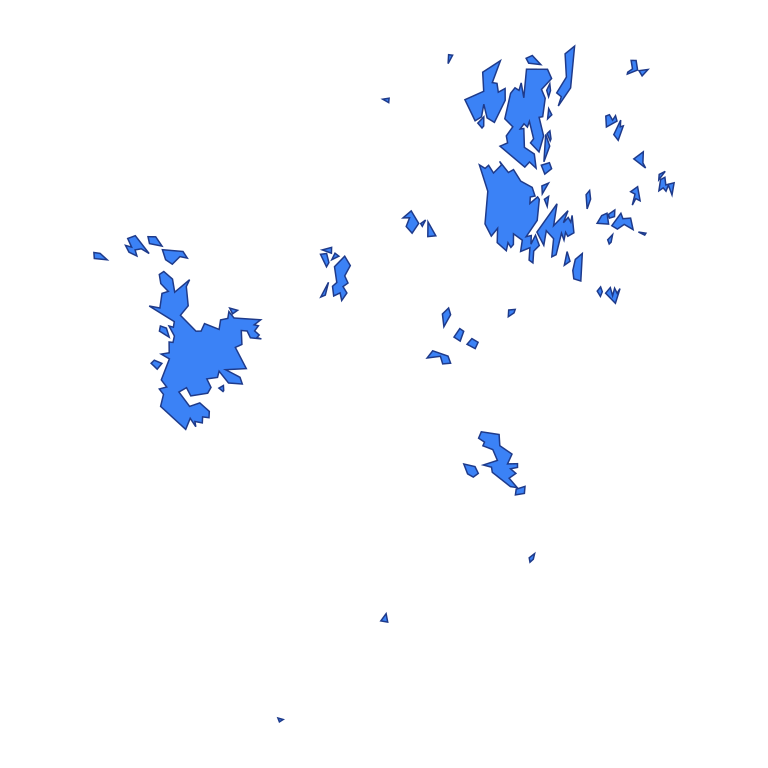 outline of Kepulauan Anambas, Kepulauan Riau, Indonesia
{"feature_id": "22746128B99951880476592", "entity_name": "Kepulauan Anambas", "entity_type": "district", "adm_level": 2, "iso_a3": "IDN", "parent_name": "Indonesia", "parent_adm1": "Kepulauan Riau", "projection": "mercator", "projection_center": [106.153, 2.904], "detail": "fine", "context": "isolated", "style": "filled", "palette": "blue", "viewbox_px": 768, "rotation_deg": 0, "n_neighbors": 0, "source": "geoboundaries", "source_scale": "gbopen_adm2", "svg_char_len": 6135}
<svg xmlns="http://www.w3.org/2000/svg" viewBox="0 0 768 768"><path d="M163.8,271.5L159.3,274.5L160.8,283.6L168.3,291.4L162.0,293.4L159.9,308.0L149.2,306.0L174.3,321.6L173.4,327.2L169.0,326.0L174.4,336.0L173.0,342.4L169.1,342.0L169.2,352.8L161.2,354.1L169.4,358.9L161.3,379.9L166.7,387.0L159.3,389.0L163.5,394.4L160.6,406.4L185.7,429.4L190.2,418.3L195.8,426.7L194.9,421.5L202.3,422.9L202.6,416.9L209.0,417.7L209.3,411.4L199.8,402.9L189.6,406.4L178.9,392.0L186.5,387.7L190.8,395.9L207.7,393.2L211.0,387.4L206.8,378.9L217.5,377.4L219.1,371.2L228.5,383.0L242.3,384.0L240.0,377.3L225.6,369.7L246.3,368.6L235.3,347.4L241.9,344.4L241.3,330.5L247.1,331.0L250.4,337.8L261.4,338.9L256.9,337.6L259.2,335.0L254.6,330.9L258.4,325.8L254.2,324.8L260.7,319.8L234.0,318.0L228.9,311.6L227.8,318.4L220.6,319.9L219.1,329.4L204.5,323.6L201.1,331.1L196.0,331.2L180.4,315.3L188.2,305.8L186.3,286.6L189.6,279.7L174.7,292.2L172.5,279.1L163.8,271.5ZM508.4,172.5L499.6,161.4L501.5,164.9L493.5,173.0L488.6,165.3L485.1,168.4L479.4,164.9L487.8,191.3L485.0,223.9L491.3,236.1L497.6,228.3L497.2,242.6L506.3,250.7L508.0,242.7L510.9,247.4L513.4,244.5L513.5,233.8L522.3,240.2L520.6,251.5L529.9,247.7L529.1,260.1L532.9,262.9L533.7,251.1L539.3,245.5L535.5,235.2L530.9,244.2L531.3,235.5L526.1,236.7L537.2,220.4L539.3,199.4L537.6,196.9L529.9,203.5L530.3,197.0L535.0,196.0L532.2,187.4L520.7,181.1L513.5,169.6L508.4,172.5ZM547.5,69.3L526.5,69.2L523.8,97.8L521.2,82.9L519.0,90.4L515.0,87.8L510.6,93.3L504.8,118.8L512.8,126.8L506.3,135.9L507.6,142.9L500.0,146.2L524.8,167.1L529.5,162.0L536.1,168.2L534.3,154.0L524.4,147.4L523.8,128.5L520.2,129.0L524.0,123.8L527.4,127.1L529.4,121.4L533.6,138.8L530.5,142.9L539.0,151.9L543.6,136.0L539.1,117.3L542.7,116.7L545.2,98.3L541.5,89.4L551.6,78.5L547.5,69.3ZM500.4,60.7L482.7,72.2L483.7,91.3L464.9,99.7L475.1,120.8L481.5,116.9L483.8,104.2L487.1,117.9L494.4,122.4L505.2,100.3L505.1,88.5L498.3,92.2L497.0,83.4L492.3,82.6L500.4,60.7ZM499.1,434.5L481.3,431.8L478.6,438.2L484.5,442.1L482.9,445.8L492.8,449.6L497.4,460.4L483.3,465.0L491.5,467.2L492.3,472.3L510.4,486.6L517.2,487.6L509.1,478.2L515.9,473.4L510.5,468.8L517.5,467.4L517.5,463.7L507.5,463.9L512.0,454.1L499.8,445.7L499.1,434.5ZM553.6,225.7L557.0,203.8L536.9,232.1L543.8,245.3L546.3,230.7L553.6,238.7L551.8,256.8L556.1,254.7L561.5,233.2L564.0,240.1L565.6,232.3L567.8,236.3L573.9,232.8L572.1,215.4L570.8,222.1L568.2,217.5L563.4,222.7L568.0,210.7L553.6,225.7ZM344.7,256.2L334.5,266.7L336.8,282.5L332.5,286.3L333.7,296.0L340.1,292.9L341.7,300.5L346.9,293.0L343.0,286.6L348.0,283.0L344.7,275.9L350.3,265.6L344.7,256.2ZM574.6,46.1L565.1,53.8L566.4,77.1L556.7,92.9L561.3,96.7L558.3,106.0L570.6,87.9L574.6,46.1ZM183.0,251.5L162.4,249.7L165.6,259.7L172.3,264.2L179.9,256.6L187.3,258.1L183.0,251.5ZM135.3,235.7L127.7,238.5L131.6,247.1L125.5,245.4L129.0,252.2L136.9,256.0L135.1,249.9L141.3,248.8L149.1,253.5L135.3,235.7ZM620.9,213.3L611.8,225.7L617.4,229.1L624.2,224.4L633.1,229.6L630.6,218.1L622.9,218.7L620.9,213.3ZM411.2,210.9L403.0,217.9L409.6,217.8L406.2,226.5L412.1,233.2L418.7,223.4L411.2,210.9ZM582.3,253.5L575.3,259.4L572.8,270.5L573.8,278.8L580.8,281.0L582.3,253.5ZM448.0,356.1L432.7,350.8L427.1,358.0L440.4,356.3L442.7,363.9L450.6,363.2L448.0,356.1ZM664.9,177.3L660.6,179.6L658.9,190.8L663.2,187.9L666.0,191.2L668.4,185.2L672.0,194.9L674.1,182.8L665.8,184.9L664.9,177.3ZM614.6,288.2L612.6,295.8L610.3,287.6L605.6,293.2L615.4,303.3L620.0,288.6L617.1,293.2L614.6,288.2ZM463.8,464.0L467.6,473.9L473.3,477.1L478.3,473.4L475.0,466.6L463.8,464.0ZM435.8,235.8L428.0,221.9L427.8,236.6L435.8,235.8ZM532.3,55.5L526.1,58.3L528.7,63.2L540.8,64.6L532.3,55.5ZM549.7,146.1L545.7,134.4L543.9,161.8L549.7,146.1ZM448.6,308.0L442.4,314.0L443.9,326.7L450.6,314.7L448.6,308.0ZM643.3,151.8L633.8,158.9L645.6,168.0L642.9,162.9L643.3,151.8ZM615.5,115.7L612.6,120.2L609.4,114.7L605.8,116.1L606.4,127.0L617.0,121.1L615.5,115.7ZM155.7,236.8L148.0,236.7L149.5,243.6L162.0,246.1L155.7,236.8ZM640.1,200.8L637.6,186.7L630.6,191.7L635.0,194.1L632.3,205.1L635.8,198.6L640.1,200.8ZM620.7,120.1L613.8,134.6L618.2,140.3L623.3,125.9L620.3,126.8L620.7,120.1ZM607.0,213.2L601.7,215.6L597.1,223.3L608.6,224.1L607.0,213.2ZM93.9,252.5L94.3,258.5L107.2,259.8L100.1,253.4L93.9,252.5ZM459.8,328.6L454.0,337.1L460.2,341.1L463.7,331.3L459.8,328.6ZM160.4,326.0L159.4,331.1L169.2,337.2L166.4,328.1L160.4,326.0ZM471.9,338.6L467.0,344.3L475.2,348.6L478.1,342.3L471.9,338.6ZM549.4,162.7L541.3,165.2L544.8,174.1L551.6,168.7L549.4,162.7ZM326.6,253.5L320.5,254.3L326.5,266.8L328.9,262.6L326.6,253.5ZM154.3,360.2L151.1,363.3L157.2,369.2L161.9,363.4L154.3,360.2ZM525.0,486.4L516.2,489.2L515.4,494.9L524.4,493.4L525.0,486.4ZM636.1,60.5L631.1,60.4L632.5,68.9L627.7,72.2L627.3,74.1L637.6,70.0L636.1,60.5ZM483.8,116.9L477.8,123.1L482.0,128.0L483.7,126.0L483.8,116.9ZM325.3,295.1L328.5,282.3L320.8,297.0L325.3,295.1ZM589.6,190.5L586.1,194.7L587.1,208.9L590.6,199.1L589.6,190.5ZM542.3,193.8L548.5,183.1L541.9,185.9L542.3,193.8ZM570.0,261.3L567.1,251.6L564.3,265.3L570.0,261.3ZM614.8,210.0L608.3,214.5L609.5,218.1L614.5,216.6L614.8,210.0ZM547.2,206.4L548.6,196.4L544.4,199.3L547.2,206.4ZM331.6,247.4L322.3,249.9L331.4,253.2L331.6,247.4ZM600.6,286.9L597.2,291.1L600.4,296.4L602.3,291.7L600.6,286.9ZM387.7,622.1L386.1,613.7L380.8,620.9L387.7,622.1ZM551.8,114.8L548.7,108.7L547.6,118.9L551.8,114.8ZM389.1,98.2L382.7,99.2L388.7,102.6L389.1,98.2ZM515.2,309.4L508.7,310.0L508.3,316.7L514.0,312.9L515.2,309.4ZM237.6,310.3L229.7,308.1L232.6,313.8L237.6,310.3ZM548.6,96.7L550.5,90.6L549.8,83.8L546.7,90.3L548.6,96.7ZM648.0,69.5L639.0,70.7L642.1,75.9L648.0,69.5ZM448.1,63.6L452.6,55.2L448.6,54.7L448.1,63.6ZM549.9,130.9L547.1,133.6L550.2,140.9L551.0,138.9L549.9,130.9ZM338.9,256.2L335.0,253.2L331.8,259.7L338.9,256.2ZM612.6,234.6L607.7,239.8L609.2,244.0L611.1,242.2L612.6,234.6ZM665.2,171.4L659.2,174.4L658.8,179.7L665.2,171.4ZM283.2,719.5L277.9,718.0L279.4,721.9L283.2,719.5ZM534.6,553.6L529.2,557.8L530.0,562.2L533.3,559.2L534.6,553.6ZM223.4,385.5L218.9,388.1L223.0,391.5L223.7,390.6L223.4,385.5ZM645.9,233.2L638.4,232.0L644.7,235.1L645.9,233.2ZM422.3,226.3L425.6,220.0L420.7,223.6L422.3,226.3Z" fill="#3b82f6" stroke="#1e3a8a" stroke-width="1.5"/></svg>